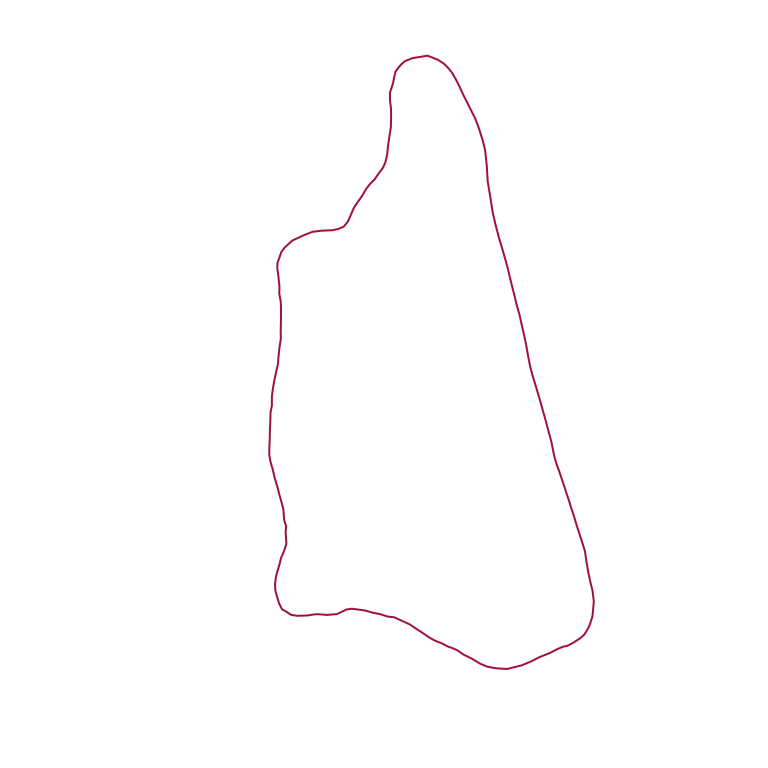 Mulaku, Maldives (Equal Earth projection), rotated 165°
{"feature_id": "70690204B6879359618468", "entity_name": "Mulaku", "entity_type": "district", "adm_level": 2, "iso_a3": "MDV", "parent_name": "Maldives", "parent_adm1": "", "projection": "equal_earth", "projection_center": [73.487, 2.962], "detail": "fine", "context": "isolated", "style": "outline", "palette": "rose", "viewbox_px": 768, "rotation_deg": 165, "n_neighbors": 0, "source": "geoboundaries", "source_scale": "gbopen_adm2", "svg_char_len": 2477}
<svg xmlns="http://www.w3.org/2000/svg" viewBox="0 0 768 768"><g transform="rotate(165 384 384)"><path d="M271.9,691.4L280.0,690.5L285.2,688.0L291.8,683.0L295.1,677.1L297.2,672.7L300.3,667.7L302.9,663.9L304.8,656.4L305.9,648.5L307.2,643.1L309.1,636.3L310.9,630.3L313.4,624.7L315.2,620.6L318.6,612.7L321.0,606.3L322.8,602.3L325.3,597.8L329.0,593.2L335.1,588.4L340.1,584.1L345.4,581.1L350.7,577.1L356.1,571.7L362.3,566.5L367.1,562.4L371.2,557.3L376.7,550.4L382.2,546.4L388.3,545.6L394.1,545.9L405.0,548.3L413.6,549.5L421.9,548.6L428.0,547.6L435.4,546.3L444.7,541.5L449.0,538.1L452.5,532.9L455.6,528.4L457.1,523.6L457.6,519.0L458.7,511.8L459.8,505.0L461.7,498.8L462.5,489.6L463.9,484.0L465.4,478.3L467.9,469.2L470.1,461.9L471.9,454.5L475.6,446.1L478.6,438.3L481.2,430.8L485.4,422.9L489.8,414.2L492.4,408.5L495.7,400.5L497.8,392.4L501.0,385.8L503.7,376.5L505.9,369.9L508.3,361.4L511.4,351.6L513.2,345.0L513.8,337.9L513.6,329.8L513.9,322.2L513.6,311.6L513.7,305.3L513.6,297.0L513.6,289.0L515.6,279.0L515.4,271.9L517.4,266.2L517.6,265.4L519.6,255.0L523.7,248.6L528.4,242.7L532.3,235.7L535.7,230.2L538.4,225.5L541.1,218.8L542.4,212.8L542.4,207.8L542.1,199.0L540.8,192.8L537.0,189.0L533.4,185.0L527.9,182.6L517.8,180.2L511.7,179.6L507.6,178.8L498.8,175.7L489.0,173.9L478.5,175.9L473.4,175.3L467.5,172.9L460.7,170.0L454.6,166.3L447.3,162.7L441.0,158.6L434.3,155.9L427.9,150.5L421.3,145.1L416.4,139.4L411.6,134.1L405.6,127.1L401.1,122.8L395.0,118.3L390.4,114.0L386.0,111.0L382.1,107.8L377.4,102.2L370.8,96.5L363.8,89.2L357.2,84.1L349.1,80.3L338.9,76.9L324.0,76.6L314.0,77.9L304.6,79.9L293.2,81.3L285.1,83.1L278.7,83.9L274.1,83.7L267.8,85.2L263.2,86.7L258.9,88.2L254.9,90.5L248.8,96.5L245.7,101.0L242.9,105.4L240.6,111.4L237.6,119.7L236.1,130.3L235.9,139.8L235.4,149.5L234.4,160.2L233.2,170.2L233.6,181.0L233.9,186.5L234.5,197.7L234.7,206.5L235.3,216.6L235.5,223.2L236.1,233.1L236.6,242.3L237.4,255.1L238.1,262.2L238.2,271.1L237.3,284.3L237.3,297.9L237.3,306.8L237.4,316.1L237.5,326.8L237.8,338.4L238.3,353.5L238.3,363.2L237.5,374.8L236.7,383.1L236.1,393.6L235.8,401.8L235.2,415.4L235.4,425.4L235.1,436.0L235.0,445.3L234.8,454.9L234.5,464.3L234.6,473.6L234.8,485.8L235.1,495.4L235.0,510.3L234.6,521.5L233.0,536.4L231.4,552.8L228.2,568.4L225.8,583.6L225.6,593.2L226.1,606.2L227.2,616.9L230.0,630.4L232.5,642.5L233.8,650.0L235.4,658.2L237.7,666.9L239.8,671.9L243.2,677.9L248.2,683.3L253.5,687.3L257.1,689.9L264.6,690.6L271.9,691.4Z" fill="none" stroke="#9f1239" stroke-width="2"/></g></svg>